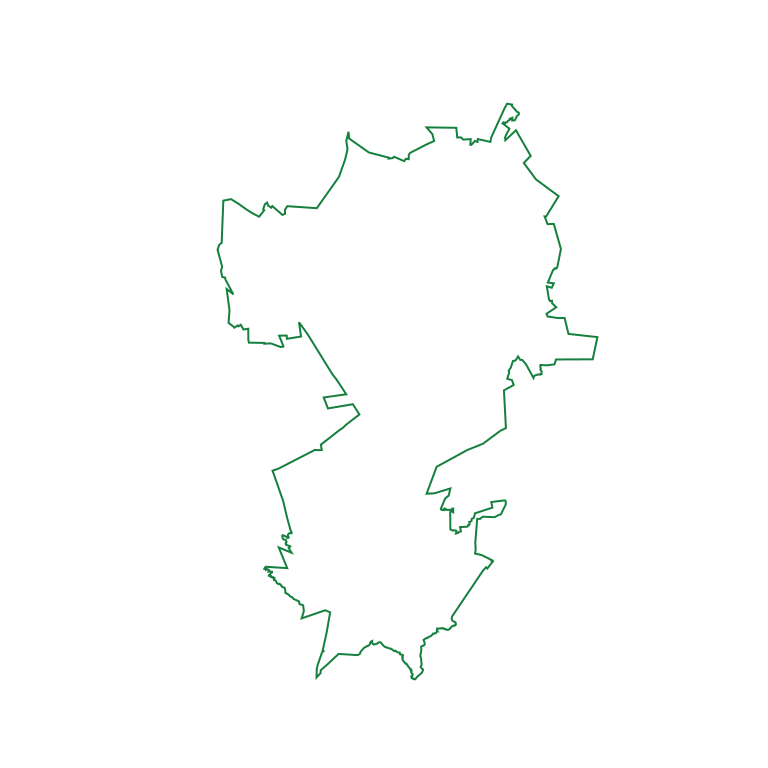 outline of Canatlán, Durango, Mexico, rotated 283°
{"feature_id": "50627088B7187015857407", "entity_name": "Canatlán", "entity_type": "district", "adm_level": 2, "iso_a3": "MEX", "parent_name": "Mexico", "parent_adm1": "Durango", "projection": "orthographic", "projection_center": [-105.2, 24.53], "detail": "fine", "context": "isolated", "style": "outline", "palette": "green", "viewbox_px": 768, "rotation_deg": 283, "n_neighbors": 0, "source": "geoboundaries", "source_scale": "gbopen_adm2", "svg_char_len": 6160}
<svg xmlns="http://www.w3.org/2000/svg" viewBox="0 0 768 768"><g transform="rotate(283 384 384)"><path d="M220.4,325.9L218.8,327.3L217.9,327.5L217.5,326.9L217.5,325.6L216.7,324.8L216.0,324.5L214.3,324.3L213.4,325.5L212.7,325.6L212.3,324.5L213.3,322.7L214.0,319.5L213.6,319.2L213.0,319.0L210.8,320.1L209.9,321.0L210.1,323.4L208.4,324.4L207.5,324.1L207.4,324.5L206.2,324.1L205.4,324.6L204.7,329.2L203.7,328.9L202.8,328.0L198.8,331.9L201.1,318.2L182.8,331.1L179.3,309.8L177.1,309.0L177.3,310.4L176.4,310.4L176.1,310.7L177.2,311.7L177.2,313.2L176.9,313.7L175.2,313.6L175.7,314.7L175.9,317.1L175.3,317.3L173.9,316.1L172.3,315.7L172.1,315.0L171.3,314.9L170.9,316.1L170.9,316.7L171.4,317.4L171.1,317.7L170.5,317.7L170.6,318.5L170.3,319.0L170.8,319.3L170.8,319.6L170.6,319.8L170.5,320.6L170.3,321.0L169.5,320.6L168.2,320.9L168.2,322.3L167.8,323.0L165.8,324.4L165.3,326.4L165.8,326.6L165.8,326.9L165.3,328.6L164.5,329.0L164.1,329.9L163.3,330.5L163.2,332.5L162.9,333.2L159.4,334.7L158.3,334.9L158.0,335.3L158.0,336.8L157.5,337.4L157.5,338.3L155.9,340.3L155.8,341.9L155.2,343.2L154.3,344.0L153.1,349.9L152.6,350.4L151.1,350.7L150.7,351.1L150.4,351.9L150.4,354.3L150.0,355.1L144.6,357.0L137.1,356.5L150.3,377.6L149.4,382.9L129.2,384.0L110.1,384.2L110.1,385.1L107.8,383.9L95.4,382.6L91.2,382.6L82.9,384.3L88.0,387.2L90.9,386.8L99.3,392.8L110.8,400.5L113.9,419.4L115.8,421.3L117.7,421.4L121.8,423.5L123.3,424.8L124.0,425.9L125.0,426.4L125.2,427.3L125.5,427.7L127.0,428.7L128.2,429.0L128.8,428.7L129.6,429.5L130.1,429.3L130.9,430.3L129.9,430.4L128.3,431.5L127.8,432.6L129.4,435.6L130.5,436.4L131.5,437.8L131.3,439.2L129.1,442.0L128.1,443.9L128.0,445.2L127.7,445.7L127.9,446.9L127.5,448.8L127.7,450.1L127.3,450.5L127.1,452.2L126.2,453.5L126.1,454.3L126.7,455.2L125.7,457.1L125.8,459.8L124.4,460.2L124.1,460.8L124.4,462.9L123.5,463.7L122.3,463.2L121.8,463.8L120.8,463.5L120.4,464.0L119.8,464.0L119.4,464.5L118.8,464.8L117.2,466.7L117.1,467.2L116.3,467.8L116.6,468.7L116.1,469.3L115.7,469.5L114.8,470.7L114.0,471.2L113.6,472.1L112.6,473.1L112.4,474.0L111.8,474.0L111.5,475.0L110.6,475.4L110.4,475.1L110.2,475.4L109.3,475.3L107.4,477.3L105.5,477.0L105.3,476.4L104.8,476.6L104.9,477.2L103.7,477.1L103.2,479.1L103.5,479.4L103.1,479.8L103.1,480.4L103.6,481.0L105.9,482.0L111.3,485.9L113.9,486.4L114.9,486.0L115.0,485.4L116.5,483.3L118.8,483.8L125.3,481.8L126.6,480.7L129.1,480.4L133.0,480.3L136.1,479.3L136.7,479.4L138.5,481.9L139.8,482.2L141.6,481.5L143.4,480.1L145.2,481.5L146.1,483.1L146.5,483.1L147.1,484.3L147.5,484.4L149.3,486.8L151.9,488.0L151.8,488.7L152.6,489.4L152.8,490.5L153.1,490.8L154.9,491.1L155.0,491.9L156.3,490.7L157.9,490.9L157.8,491.9L158.9,494.7L158.7,494.8L159.0,496.3L159.4,496.5L159.1,497.3L159.2,497.6L158.9,498.0L159.0,498.9L158.6,499.4L158.9,500.1L158.7,501.5L159.9,503.0L161.5,503.9L161.9,503.8L163.8,505.5L164.2,506.0L164.0,506.6L164.6,507.0L165.0,507.8L166.0,508.1L166.3,507.7L167.3,507.7L168.1,506.7L168.3,504.7L169.5,503.2L170.5,502.7L173.0,502.7L224.6,522.5L228.4,524.7L227.5,526.2L235.7,530.0L235.9,528.8L236.5,529.1L239.3,517.6L239.3,510.8L243.1,510.6L250.1,508.6L273.2,505.2L273.7,505.3L274.1,507.9L276.9,510.0L279.1,521.7L282.2,525.2L283.3,527.2L293.9,529.7L297.0,529.1L297.8,527.8L293.1,515.1L287.9,517.4L278.4,501.6L276.3,501.8L273.7,501.5L272.3,499.8L269.9,500.0L268.5,498.0L266.8,499.0L265.7,498.6L265.4,497.7L264.3,497.7L263.7,497.3L261.7,490.3L257.8,492.1L256.5,490.2L255.4,489.5L254.5,487.7L256.7,487.8L257.3,487.6L257.3,485.2L256.8,484.6L256.7,483.7L257.2,481.4L274.1,477.3L275.2,478.7L274.6,480.3L278.2,479.5L277.9,478.4L276.6,478.4L275.3,472.6L276.0,472.4L276.4,471.1L275.8,470.7L275.6,471.1L274.7,470.8L274.9,470.2L274.5,470.1L274.3,468.6L274.8,468.2L274.6,467.9L274.8,467.6L274.3,467.3L286.1,469.3L289.8,472.1L297.2,472.2L288.8,457.6L286.7,450.2L315.2,453.9L338.5,480.1L348.0,493.8L364.6,507.9L368.5,512.7L404.8,502.3L412.2,510.6L416.6,507.8L416.8,502.9L423.4,503.4L424.9,502.5L428.8,503.9L435.5,504.5L436.4,506.8L441.0,508.4L438.2,511.2L438.5,513.3L435.2,517.9L423.5,528.3L425.5,528.4L427.0,530.2L427.6,531.8L428.4,532.8L428.2,534.1L429.0,534.6L429.2,535.3L430.5,534.8L431.6,534.9L433.2,533.1L434.6,533.3L435.7,532.5L437.7,532.1L438.9,538.6L441.5,545.7L446.6,546.1L455.0,581.8L477.7,581.4L474.3,552.5L489.0,545.1L487.4,538.8L486.6,528.3L489.0,526.5L497.5,534.6L500.5,529.7L502.9,528.9L502.1,527.1L503.6,525.7L515.8,520.7L515.5,525.8L520.3,526.8L519.7,520.8L533.2,523.1L533.8,523.9L534.9,524.2L535.4,524.7L535.1,525.7L536.7,526.6L555.4,526.0L578.2,513.4L576.6,507.4L583.4,502.8L583.7,504.3L606.3,511.9L617.5,486.1L630.8,470.5L639.3,475.6L660.9,455.5L648.8,447.4L651.4,446.5L652.0,446.6L654.0,446.9L661.0,448.8L664.6,441.0L665.2,441.7L665.8,441.6L665.6,443.7L666.3,443.9L667.0,445.2L668.1,445.6L670.3,447.4L670.8,447.0L672.3,449.2L669.6,449.6L670.3,452.1L675.1,453.3L677.2,454.8L678.8,454.2L679.1,452.5L683.9,445.8L685.1,445.9L684.8,440.9L680.0,439.5L648.3,433.0L643.8,433.2L643.8,420.3L640.9,420.7L641.3,417.9L636.7,415.4L636.5,414.3L642.1,413.4L640.0,406.3L641.6,403.4L640.7,399.9L649.9,396.8L643.6,367.7L638.4,374.9L632.1,378.2L626.2,370.6L615.1,357.5L612.9,356.6L608.6,357.5L608.4,354.7L605.7,353.5L607.7,342.6L606.0,341.6L604.7,337.9L605.6,338.0L606.2,317.1L615.4,294.7L621.8,292.7L612.7,292.5L604.3,295.7L593.8,295.6L575.7,293.5L540.2,279.0L535.5,249.8L531.4,248.3L527.6,249.3L525.9,247.0L532.2,235.2L530.4,234.5L531.8,231.0L534.5,229.3L532.4,227.5L527.0,227.0L526.4,228.2L518.9,224.7L520.8,217.2L522.9,211.3L526.9,201.7L529.7,193.4L526.5,186.2L485.0,194.1L482.7,192.2L477.4,191.6L461.9,199.9L457.5,199.7L451.8,202.4L452.0,205.2L450.2,205.9L437.5,217.0L441.2,209.3L421.0,216.9L408.6,218.8L406.0,224.5L405.2,225.5L408.1,228.2L407.4,229.1L409.5,231.1L405.5,234.8L407.3,239.3L396.4,241.9L393.9,243.1L397.1,258.1L396.3,258.3L398.1,264.5L396.8,274.9L397.8,277.5L398.5,277.3L407.5,270.9L409.3,278.3L406.2,279.2L411.6,292.5L425.0,287.3L415.5,298.2L381.8,331.6L377.8,336.6L365.5,349.5L357.3,328.3L347.6,334.9L357.3,358.2L348.8,366.9L335.9,356.3L332.5,354.1L328.1,350.2L310.7,336.1L305.7,338.2L304.8,335.1L304.2,331.4L277.7,300.1L274.5,294.9L247.6,311.9L230.9,320.2L220.4,325.9Z" fill="none" stroke="#15803d" stroke-width="2"/></g></svg>